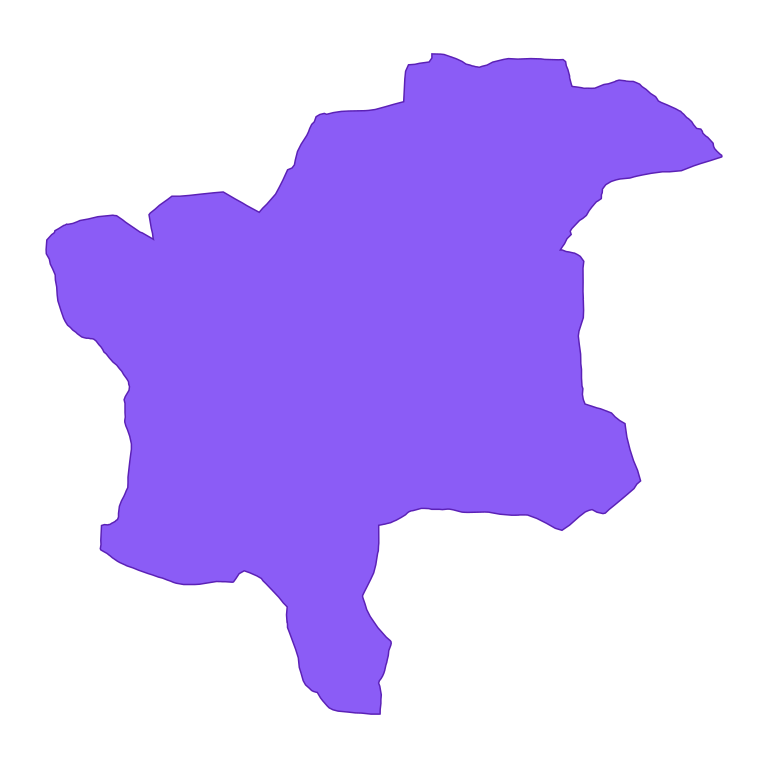 outline of Dodoma Urban, Dodoma, United Republic of Tanzania
{"feature_id": "72390352B24669678050336", "entity_name": "Dodoma Urban", "entity_type": "district", "adm_level": 2, "iso_a3": "TZA", "parent_name": "United Republic of Tanzania", "parent_adm1": "Dodoma", "projection": "orthographic", "projection_center": [35.794, -6.146], "detail": "fine", "context": "isolated", "style": "filled", "palette": "violet", "viewbox_px": 768, "rotation_deg": 0, "n_neighbors": 0, "source": "geoboundaries", "source_scale": "gbopen_adm2", "svg_char_len": 5979}
<svg xmlns="http://www.w3.org/2000/svg" viewBox="0 0 768 768"><path d="M313.4,691.4L316.4,692.3L317.3,692.4L320.5,697.9L322.9,701.0L327.1,705.8L329.2,707.9L333.0,709.8L338.0,711.1L348.5,712.1L355.4,712.9L361.6,713.1L370.9,714.1L379.5,714.1L380.1,714.0L380.2,709.5L380.9,703.5L380.9,699.6L381.3,694.9L379.8,686.2L378.6,683.0L379.2,681.5L379.2,681.0L381.2,678.4L382.6,676.0L383.8,673.3L384.7,670.5L385.9,665.0L386.7,662.6L387.3,659.6L388.3,655.5L388.8,650.6L390.8,645.2L391.2,643.4L391.0,641.7L390.4,640.8L386.2,637.1L377.8,627.6L370.2,616.5L366.7,609.6L365.0,603.9L363.2,598.7L362.6,596.8L362.7,595.3L364.6,591.4L367.0,586.7L370.8,579.1L373.7,572.9L375.8,564.7L377.6,553.3L378.3,550.9L378.5,546.3L378.8,543.1L378.7,525.3L381.8,524.7L384.1,524.2L384.6,524.2L386.7,523.6L390.6,522.7L393.8,521.2L396.2,520.2L401.1,517.5L405.5,514.8L407.3,513.0L408.7,511.9L411.0,510.9L413.1,510.6L421.2,508.4L424.4,508.4L428.9,508.6L431.6,509.3L439.4,509.3L442.4,509.6L447.3,509.1L449.3,509.1L453.2,509.8L458.8,511.3L462.0,512.1L464.6,512.3L467.9,512.4L484.9,512.0L487.1,512.1L487.7,512.1L489.0,512.2L491.0,512.6L499.9,514.2L511.7,515.2L514.8,515.2L518.4,515.1L520.1,514.9L524.6,514.9L527.5,515.0L537.0,518.5L546.5,523.3L555.3,528.3L562.0,530.3L569.6,525.1L579.2,516.6L585.3,511.9L589.1,510.3L592.1,509.6L596.9,512.2L603.0,513.6L605.3,513.1L609.2,509.4L615.0,504.7L624.8,496.5L634.0,488.6L636.8,484.2L640.6,480.9L637.6,470.4L633.5,460.6L630.0,449.6L626.9,437.2L625.5,427.4L625.0,423.6L619.8,420.6L615.1,416.9L611.5,413.0L600.6,408.8L596.9,407.9L585.0,404.0L584.5,402.6L583.7,400.7L583.2,399.0L582.4,394.4L582.9,388.7L582.0,386.0L581.5,378.0L581.5,369.4L580.8,363.6L580.7,357.3L580.6,354.0L579.3,344.5L578.3,336.0L579.0,331.1L583.2,318.0L583.3,317.9L583.6,310.2L583.3,299.9L583.1,299.1L583.3,298.6L583.0,291.5L583.1,282.1L583.0,268.1L583.8,261.3L580.3,256.4L577.7,254.7L574.5,253.1L573.6,253.0L569.2,252.0L566.0,251.5L562.3,250.0L560.3,250.0L561.8,247.6L564.6,243.6L567.0,238.7L571.2,234.5L570.2,231.2L571.9,228.5L579.6,220.4L582.8,218.4L586.4,215.4L589.1,210.7L591.9,207.0L593.8,204.8L593.9,204.6L596.5,201.7L597.7,201.1L601.3,198.6L601.4,197.3L601.4,194.8L602.2,192.8L602.4,190.6L602.4,189.2L605.6,184.9L606.1,184.5L610.6,181.8L611.7,181.3L616.0,179.9L619.9,179.0L630.0,178.0L633.8,176.9L634.4,176.7L635.1,176.6L636.1,176.3L643.2,174.8L651.3,173.3L662.4,171.8L669.4,171.8L681.4,170.7L693.9,165.8L700.8,163.5L710.4,160.6L721.5,157.0L721.9,156.7L721.7,155.3L720.0,154.1L717.0,151.3L714.6,148.6L713.6,146.4L713.1,143.2L707.7,137.3L705.7,136.0L702.9,133.3L702.3,131.3L700.8,129.1L696.6,128.4L693.5,124.6L691.7,121.7L688.5,118.7L686.9,117.7L685.7,116.5L683.8,114.3L682.1,112.9L680.6,111.3L679.3,110.8L675.7,108.8L671.5,106.9L667.1,104.9L661.0,102.4L658.3,100.9L657.3,99.2L655.6,96.7L650.6,93.5L646.0,89.3L642.0,86.6L639.6,84.1L635.7,82.4L633.2,81.4L629.8,81.4L626.1,81.1L625.2,80.8L619.1,80.1L615.9,81.0L615.0,81.6L608.4,83.8L603.9,84.5L594.8,88.2L591.6,88.3L587.2,88.2L584.0,88.3L581.5,87.7L576.8,87.0L572.5,86.5L572.4,86.3L571.9,86.2L571.0,83.1L569.6,77.7L569.6,76.0L567.9,69.6L566.3,65.8L565.6,61.6L563.1,59.6L558.3,59.8L544.6,59.4L541.0,58.9L530.7,58.6L517.7,59.1L508.4,58.6L503.7,59.4L492.7,62.1L487.0,65.1L482.1,66.3L479.3,67.3L476.8,66.8L476.0,66.8L473.5,66.1L472.2,65.9L470.1,65.1L466.0,64.1L462.2,61.5L457.5,59.3L455.6,58.5L444.1,54.5L440.4,54.1L431.9,53.9L431.9,58.0L429.1,62.0L419.5,63.3L415.0,64.3L408.5,64.8L405.6,71.2L404.8,79.3L403.7,101.7L394.2,104.2L385.5,106.7L375.2,109.5L368.8,110.4L364.8,110.7L349.2,111.0L341.4,111.4L333.4,112.6L326.6,114.3L324.3,113.4L319.8,114.5L316.1,116.7L314.3,121.8L311.7,124.4L309.7,128.5L308.6,131.6L306.8,135.4L301.2,144.1L297.5,151.4L295.4,159.7L294.4,164.9L292.0,168.0L287.6,169.8L282.8,180.3L279.4,187.0L275.6,194.1L266.8,204.2L262.7,208.2L259.2,212.3L246.8,205.6L242.7,203.1L235.1,198.9L223.3,192.0L223.0,192.0L214.7,192.7L200.2,194.2L189.6,195.4L180.0,196.2L171.9,196.2L167.7,199.4L159.4,205.3L155.2,209.1L150.3,213.0L149.0,214.7L151.3,228.3L152.5,233.3L153.0,237.4L153.4,239.3L142.3,232.9L140.2,232.2L125.7,222.3L122.7,219.9L116.6,215.7L114.3,215.5L112.9,215.2L97.9,216.7L88.3,219.0L80.0,220.5L77.3,221.7L73.2,223.3L72.5,223.5L67.7,224.4L66.7,224.1L65.0,225.1L63.8,225.4L57.8,229.1L54.9,230.7L54.7,231.9L53.9,233.1L51.7,234.6L46.8,240.0L46.1,249.6L46.3,253.8L49.3,259.1L50.3,264.1L52.7,269.0L55.2,274.9L55.4,280.1L56.7,287.0L57.2,295.0L57.9,300.9L61.1,311.0L63.6,318.2L65.3,321.6L67.6,325.2L70.2,327.3L72.7,330.0L75.9,332.3L77.3,333.7L81.8,337.0L84.2,337.7L86.4,338.2L88.4,338.2L90.6,338.7L92.1,338.7L93.8,339.2L96.0,340.9L99.0,344.8L100.9,346.8L102.7,349.5L103.9,352.0L106.3,354.0L109.3,357.9L113.0,362.1L116.7,365.1L119.4,368.6L121.8,371.3L123.6,374.5L126.7,378.7L128.5,381.7L128.7,384.1L129.5,386.6L129.0,390.3L125.3,396.5L124.1,399.7L125.0,403.4L125.0,412.6L125.3,417.0L124.8,420.2L124.8,422.1L125.8,425.8L127.5,429.8L129.7,436.2L131.4,443.9L131.4,449.3L130.7,454.3L129.7,462.2L128.0,477.2L128.0,482.9L127.8,487.6L126.3,490.6L125.1,493.6L123.9,496.3L121.4,501.0L119.4,506.2L118.5,513.4L118.5,517.0L117.5,519.5L115.9,520.6L115.2,521.4L112.7,522.8L111.9,523.1L109.9,524.5L108.9,524.5L107.9,524.9L104.4,524.6L101.5,525.5L100.8,540.5L101.0,544.5L100.5,547.7L100.3,548.7L100.8,549.9L104.1,551.8L107.0,553.4L109.1,555.1L110.1,555.8L112.3,557.7L117.4,561.2L119.7,562.5L126.1,565.4L126.1,565.5L127.3,566.0L133.0,567.9L138.6,570.2L148.2,573.6L152.4,574.9L158.5,577.1L162.5,578.1L167.3,580.0L170.8,581.2L173.3,582.3L176.2,583.2L183.6,584.5L195.1,584.5L199.7,584.2L216.5,581.5L219.8,581.6L221.0,581.6L221.9,581.7L225.1,581.7L232.3,582.2L232.9,582.1L233.5,581.9L235.9,578.6L239.1,573.7L244.2,570.8L249.6,572.7L256.9,575.9L261.4,578.5L263.0,580.8L266.1,583.8L278.8,597.2L283.3,602.9L287.2,606.9L286.5,614.9L287.0,621.8L287.2,621.7L287.5,624.5L287.5,627.5L289.4,632.4L295.6,649.2L298.3,657.8L299.3,667.5L301.0,672.9L303.2,680.7L305.5,684.8L306.0,685.3L309.3,688.2L311.2,690.1L311.8,690.6L313.4,691.4Z" fill="#8b5cf6" stroke="#5b21b6" stroke-width="1.5"/></svg>